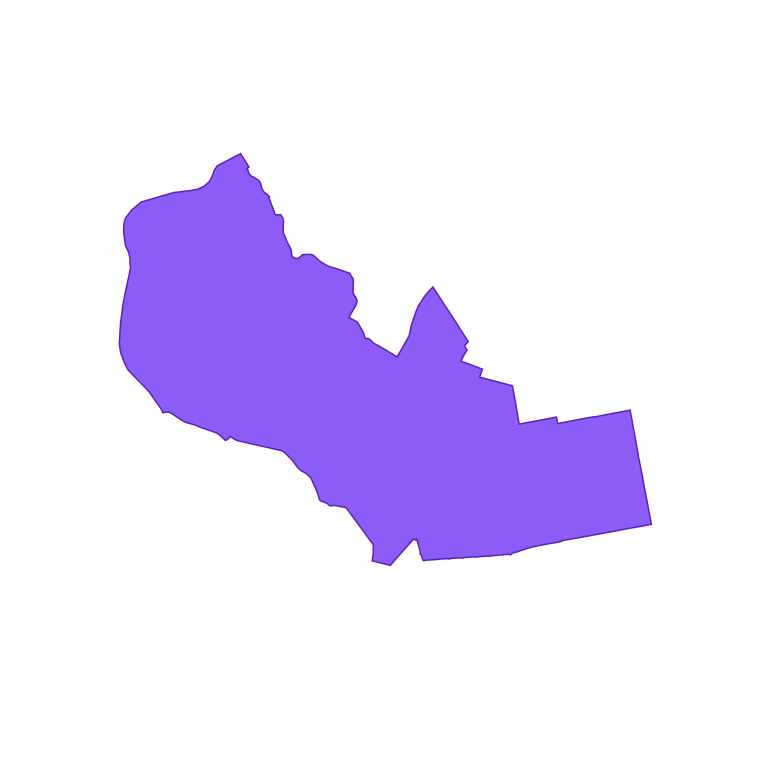 Bordusani, Ialomita, Romania (Albers equal-area conic projection), rotated 199°
{"feature_id": "2599482B85450096511217", "entity_name": "Bordusani", "entity_type": "district", "adm_level": 2, "iso_a3": "ROU", "parent_name": "Romania", "parent_adm1": "Ialomita", "projection": "albers", "projection_center": [27.95, 44.468], "detail": "fine", "context": "isolated", "style": "filled", "palette": "violet", "viewbox_px": 768, "rotation_deg": 199, "n_neighbors": 0, "source": "geoboundaries", "source_scale": "gbopen_adm2", "svg_char_len": 6117}
<svg xmlns="http://www.w3.org/2000/svg" viewBox="0 0 768 768"><g transform="rotate(199 384 384)"><path d="M594.6,555.1L612.6,536.2L613.9,531.4L614.2,523.1L615.0,518.7L618.4,512.5L623.8,507.4L631.7,503.0L639.2,499.4L645.1,496.6L672.6,477.2L679.1,466.6L682.5,456.6L682.0,450.7L679.9,443.4L673.7,431.0L668.0,425.0L664.9,419.7L663.4,415.3L661.6,411.5L660.6,405.3L659.8,397.8L657.0,375.9L655.5,368.5L653.0,356.1L647.4,335.9L643.1,327.7L636.0,319.1L630.8,314.1L619.5,308.3L611.5,304.4L603.0,299.8L591.6,291.4L587.3,288.4L584.7,286.2L584.0,284.8L579.1,287.3L576.4,287.2L566.8,284.8L562.3,283.6L559.5,283.2L555.9,283.3L550.3,283.7L543.1,283.3L526.3,283.2L522.9,282.4L515.6,279.0L514.8,279.6L513.2,282.0L512.7,282.9L512.5,283.5L512.4,284.3L506.0,282.8L503.7,282.8L484.5,284.8L472.9,286.2L458.8,287.6L458.2,287.6L457.5,287.5L456.6,287.2L454.7,286.4L452.4,285.2L449.8,284.0L446.4,282.3L445.7,281.8L444.8,281.3L440.8,278.5L439.0,277.3L437.1,276.3L436.0,275.8L433.8,275.0L433.5,274.9L432.1,274.7L430.0,274.4L428.6,274.1L427.6,273.7L425.8,272.9L423.3,271.6L423.0,271.5L422.4,271.1L422.0,270.7L421.8,270.5L420.4,269.0L419.8,268.4L418.1,266.7L414.8,263.2L413.4,261.6L410.4,258.0L408.1,254.6L407.6,253.9L407.3,253.7L407.0,253.4L406.3,253.1L405.8,252.9L405.2,252.8L404.4,252.8L401.0,252.7L399.1,252.6L398.7,252.5L398.3,252.4L397.6,252.0L396.4,251.4L396.1,251.3L395.9,251.3L395.6,251.3L395.3,251.3L394.5,251.6L393.9,251.8L393.2,252.1L391.4,253.0L391.2,253.1L385.2,254.0L380.0,254.7L379.8,254.9L341.7,228.5L338.8,219.8L338.5,218.2L338.2,216.1L337.6,212.9L319.0,214.6L305.6,247.1L303.5,246.6L302.5,247.8L295.1,237.3L294.9,236.8L294.9,236.4L294.8,235.8L294.6,235.2L294.2,234.9L293.5,234.6L292.9,234.3L291.9,232.8L291.0,231.5L289.6,229.9L288.7,229.9L288.3,230.4L286.0,231.5L280.1,233.9L276.3,235.5L273.8,236.8L266.5,239.8L266.0,239.8L265.5,239.7L265.2,239.8L264.9,240.0L264.3,240.5L263.6,241.0L261.7,241.9L259.5,242.7L256.8,243.8L255.5,244.4L254.4,244.8L254.0,244.9L253.2,245.0L252.8,244.9L252.7,245.1L252.3,245.5L252.0,245.8L246.7,248.1L242.3,250.0L241.5,250.0L240.9,250.2L239.8,250.9L238.7,251.3L234.7,253.1L231.0,254.6L230.1,255.0L229.6,255.2L228.9,255.3L227.5,255.9L226.7,256.4L222.4,258.3L219.2,259.8L216.4,261.0L214.5,262.0L212.4,262.9L210.3,263.8L210.1,263.6L209.5,263.4L208.0,264.3L207.9,264.6L207.9,265.2L207.8,265.6L207.5,266.0L204.8,267.7L203.5,268.6L202.3,269.6L199.3,271.9L197.6,273.1L196.9,273.6L196.2,274.3L193.5,276.3L192.9,276.7L192.3,277.1L191.6,277.7L179.6,284.7L166.3,292.0L166.5,292.4L164.5,293.5L164.7,293.9L155.1,299.1L113.4,322.6L104.4,327.8L92.6,334.3L85.5,338.3L90.3,346.8L93.6,352.5L95.7,356.3L99.5,363.0L103.6,370.0L110.9,383.2L112.3,385.3L116.2,392.1L116.8,393.2L118.3,395.8L119.3,397.2L120.0,398.5L120.8,400.3L121.4,401.3L123.1,404.4L123.9,406.0L124.9,407.7L125.8,409.3L127.3,411.9L130.9,418.3L136.0,427.4L142.8,439.4L174.5,421.3L175.2,421.2L177.6,419.9L179.6,418.8L194.1,410.5L197.9,408.3L206.8,403.2L207.0,403.2L208.1,405.2L209.4,407.7L210.2,408.9L214.1,406.6L243.1,390.1L255.6,412.8L261.7,423.6L262.0,423.6L262.2,424.1L295.8,421.6L295.7,430.0L308.5,430.5L316.0,430.6L318.7,430.7L318.5,433.3L318.2,435.0L318.0,436.3L317.6,438.3L316.6,443.4L317.1,443.5L317.4,443.7L320.3,446.3L318.1,451.5L332.6,462.9L332.9,463.3L352.5,478.5L369.3,491.6L372.4,485.1L374.5,478.7L376.9,468.9L377.3,462.9L377.3,448.9L375.9,437.7L380.4,413.9L403.0,418.7L403.3,418.7L403.6,418.6L404.0,418.6L404.7,418.7L405.6,418.9L405.7,419.0L407.4,419.5L408.5,420.0L409.9,420.6L411.3,421.2L412.3,421.6L412.9,421.8L413.4,421.9L413.8,421.8L415.2,421.4L416.0,421.1L416.5,420.9L416.9,421.5L417.3,422.0L417.8,422.6L418.3,423.3L418.7,423.8L419.8,425.3L421.5,427.2L421.9,427.5L422.2,427.8L423.4,428.7L424.7,429.9L428.2,432.9L429.1,433.6L429.5,433.9L429.9,434.0L438.8,435.5L438.1,439.9L437.9,440.9L437.3,443.9L436.4,447.6L436.4,448.2L436.3,448.7L436.3,449.9L436.3,450.9L436.3,451.8L436.3,452.4L436.4,453.3L436.6,453.9L436.7,454.3L437.1,454.9L437.9,455.5L438.2,455.9L438.4,456.2L438.8,456.6L439.2,457.0L439.5,457.3L440.0,457.5L440.7,458.0L441.0,458.2L441.3,458.5L442.1,459.2L442.4,459.6L442.6,459.9L443.0,460.6L443.1,460.8L443.4,460.9L443.8,461.1L443.9,461.4L444.0,461.6L443.9,461.9L443.7,462.2L443.6,462.4L443.6,462.7L443.6,462.9L443.6,463.1L444.1,464.3L445.2,466.9L445.8,468.7L446.0,469.7L446.2,470.6L446.9,472.3L447.3,473.0L448.2,474.0L450.5,475.6L452.1,477.5L460.3,477.6L465.9,477.6L470.1,477.4L474.0,477.3L474.9,477.3L477.9,477.7L483.5,478.9L485.3,479.5L489.6,481.4L491.7,482.3L493.3,482.7L493.9,482.8L494.1,482.8L495.3,482.7L496.6,482.4L499.9,481.1L502.8,479.9L503.4,479.4L504.8,476.6L505.6,475.5L505.8,475.2L506.9,474.5L507.5,474.2L507.9,474.1L508.5,474.0L509.0,473.9L509.6,474.0L510.6,474.1L512.1,474.5L512.3,474.7L512.6,474.8L512.7,475.1L512.9,475.5L514.1,477.8L514.6,478.9L515.3,480.3L515.9,481.2L516.8,482.1L519.3,484.3L522.2,487.1L523.5,488.6L526.4,492.2L527.2,492.8L527.8,493.3L528.7,495.0L529.3,496.5L530.5,500.0L531.4,503.2L531.8,504.5L531.9,504.9L532.2,505.5L532.9,506.5L533.2,507.2L533.4,507.5L533.5,507.8L533.6,508.0L534.1,508.4L534.3,508.6L534.6,508.7L535.6,509.3L535.9,509.5L536.2,510.0L536.3,510.2L536.5,510.3L536.9,510.4L537.3,510.4L537.6,510.2L537.9,510.0L538.2,509.8L538.6,509.7L539.0,509.6L539.4,509.5L539.8,509.4L540.5,508.9L541.0,508.8L541.3,508.8L541.5,508.8L542.0,508.9L542.1,509.0L542.3,509.0L542.7,509.6L544.5,511.8L546.4,514.2L548.9,517.1L549.3,517.7L549.7,518.0L550.3,519.0L550.5,519.2L552.2,521.2L553.5,522.8L553.2,523.2L553.3,523.3L553.4,523.5L553.5,523.7L553.8,524.0L554.3,524.3L555.1,524.8L555.8,525.0L557.2,525.5L558.5,525.9L559.6,526.3L560.3,526.7L561.3,527.4L562.2,528.2L562.8,528.8L563.2,529.1L563.4,529.4L563.6,529.7L563.8,530.0L564.8,531.8L565.9,533.3L566.3,533.9L566.7,534.3L567.1,534.7L567.4,534.9L568.1,535.3L568.7,535.7L569.4,535.9L570.4,536.2L571.1,536.3L573.3,536.7L573.3,536.8L573.6,536.9L574.1,537.0L574.4,537.1L576.4,537.3L577.3,537.5L578.6,538.0L579.2,538.3L579.5,538.5L579.9,538.7L580.4,539.4L580.7,539.8L580.9,540.2L581.3,540.6L581.6,540.8L581.9,541.1L582.1,541.5L582.3,541.9L582.6,542.3L583.3,543.0L583.8,543.3L582.3,545.2L594.6,555.1Z" fill="#8b5cf6" stroke="#5b21b6" stroke-width="1.5"/></g></svg>